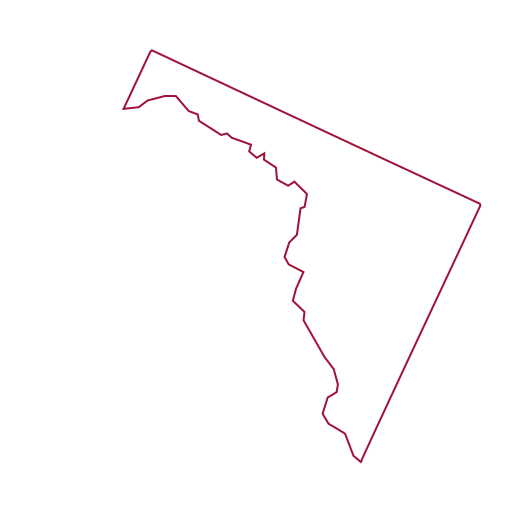 the district of McClain, Oklahoma, United States of America, rotated 205°
{"feature_id": "52423323B26439939384184", "entity_name": "McClain", "entity_type": "district", "adm_level": 2, "iso_a3": "USA", "parent_name": "United States of America", "parent_adm1": "Oklahoma", "projection": "robinson", "projection_center": [-97.344, 35.096], "detail": "fine", "context": "isolated", "style": "outline", "palette": "rose", "viewbox_px": 512, "rotation_deg": 205, "n_neighbors": 0, "source": "geoboundaries", "source_scale": "gbopen_adm2", "svg_char_len": 817}
<svg xmlns="http://www.w3.org/2000/svg" viewBox="0 0 512 512"><g transform="rotate(205 256 256)"><path d="M438.2,333.4L425.2,341.3L420.0,351.1L406.1,362.6L396.2,367.1L378.2,358.9L368.7,359.7L364.8,354.4L338.7,351.0L334.0,354.8L328.0,352.9L307.5,354.8L306.4,347.9L296.8,345.3L291.9,352.5L289.5,346.7L275.3,344.6L269.3,334.2L256.6,333.3L252.6,339.6L236.0,333.7L232.7,321.0L235.8,318.1L227.9,292.5L231.6,282.3L229.7,267.2L222.8,262.2L206.2,261.5L205.9,243.4L203.7,231.0L188.4,225.8L185.7,217.8L151.2,193.4L137.7,186.3L127.5,174.2L125.4,166.7L131.2,158.1L129.0,141.2L119.3,134.6L109.5,133.7L100.2,132.6L83.2,116.1L73.9,113.6L73.8,114.6L74.1,116.3L74.2,141.0L74.3,218.0L74.0,355.0L74.0,396.4L75.2,398.0L170.7,397.9L263.1,398.0L437.3,398.4L438.1,396.5L438.2,333.4Z" fill="none" stroke="#9f1239" stroke-width="2"/></g></svg>